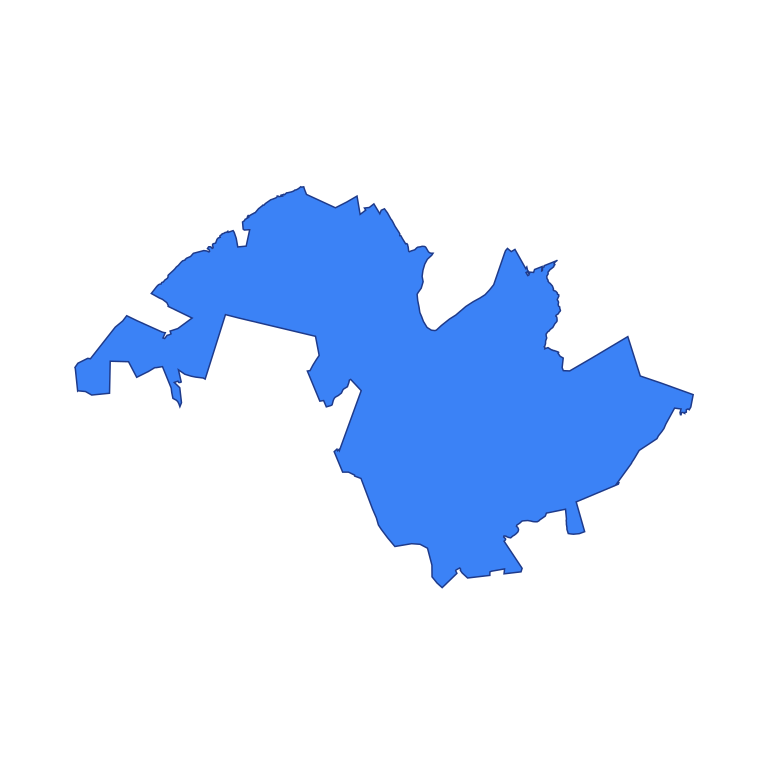 Tzimol, Chiapas, Mexico (Albers equal-area conic projection), rotated 109°
{"feature_id": "50627088B1197816312521", "entity_name": "Tzimol", "entity_type": "district", "adm_level": 2, "iso_a3": "MEX", "parent_name": "Mexico", "parent_adm1": "Chiapas", "projection": "albers", "projection_center": [-92.266, 16.109], "detail": "fine", "context": "isolated", "style": "filled", "palette": "blue", "viewbox_px": 768, "rotation_deg": 109, "n_neighbors": 0, "source": "geoboundaries", "source_scale": "gbopen_adm2", "svg_char_len": 6156}
<svg xmlns="http://www.w3.org/2000/svg" viewBox="0 0 768 768"><g transform="rotate(109 384 384)"><path d="M438.8,564.4L437.2,556.9L437.6,554.7L370.0,556.5L368.9,542.8L361.2,464.3L378.1,454.6L383.3,456.0L389.5,457.4L395.4,458.3L396.7,460.7L421.1,439.1L419.3,435.7L424.4,431.1L422.1,427.8L421.0,426.5L420.2,426.3L416.2,426.6L414.6,426.5L413.2,426.2L412.1,425.6L409.7,423.4L406.4,421.3L403.2,421.0L402.0,420.6L398.5,417.7L394.1,417.7L391.6,418.0L390.5,417.0L397.7,403.4L461.5,404.5L460.6,405.3L462.2,406.1L460.9,407.3L464.2,409.1L480.8,394.4L478.9,388.9L479.7,382.2L480.6,381.8L480.8,375.0L506.0,354.1L513.1,347.6L519.1,343.4L522.3,339.3L528.2,330.6L534.1,320.8L526.0,305.9L523.8,297.7L525.1,289.4L539.7,279.7L550.7,275.8L555.0,268.9L557.6,262.7L539.3,253.4L537.2,255.5L536.8,255.5L535.9,254.9L533.3,252.5L534.1,251.3L535.3,251.2L537.2,248.6L540.2,241.8L530.5,221.6L527.3,222.7L526.1,221.6L519.6,209.8L524.4,208.7L517.0,193.3L513.3,193.4L493.5,219.3L492.0,218.5L491.4,218.4L490.7,218.8L489.7,221.0L488.7,221.1L488.3,220.1L488.2,218.7L488.5,217.9L488.5,215.9L488.2,214.1L485.9,212.8L484.4,211.5L482.7,210.4L480.4,209.3L479.1,209.2L477.8,209.4L476.5,210.4L475.9,211.2L475.5,212.4L474.2,212.5L471.3,210.3L468.7,208.9L468.1,207.9L466.3,203.7L465.8,200.8L465.6,198.3L465.2,196.7L464.4,194.3L463.0,193.0L462.0,192.6L456.4,188.5L453.2,188.4L443.3,171.6L452.3,167.5L453.7,167.3L456.1,166.2L457.0,166.0L460.2,164.3L461.9,163.7L465.4,161.1L464.9,158.3L464.3,155.9L461.9,150.6L458.3,146.2L432.9,163.9L402.4,129.8L401.1,129.8L402.4,131.5L378.5,124.2L377.2,124.1L373.3,123.1L363.7,121.1L346.8,108.1L343.8,107.7L338.4,105.8L334.9,104.8L330.3,104.5L312.2,101.4L310.9,95.0L314.7,94.8L316.5,93.7L316.3,93.1L314.4,93.5L314.0,93.3L313.6,92.0L313.9,90.1L313.1,90.4L312.2,89.0L309.8,89.8L308.6,88.4L309.0,87.0L305.9,86.4L293.4,88.2L292.9,122.8L293.0,144.3L259.8,168.9L292.1,196.2L311.2,212.7L313.0,218.8L310.5,220.9L301.1,223.0L300.5,226.3L300.3,226.7L298.5,229.2L298.3,229.4L298.0,229.2L297.2,229.2L297.0,230.0L297.0,234.5L297.3,234.8L297.0,236.4L297.2,236.7L296.2,240.8L298.3,243.4L297.4,243.5L296.7,244.6L296.3,244.3L293.3,244.4L290.7,245.2L287.5,245.1L286.1,246.1L284.1,247.0L281.2,246.1L279.9,245.0L278.7,244.8L277.7,244.2L275.6,242.8L271.5,242.1L268.6,240.9L267.3,241.1L265.0,242.1L264.3,242.7L263.8,243.7L262.9,243.6L260.8,242.0L259.1,241.8L258.1,241.2L257.0,241.1L255.3,242.4L253.9,243.0L253.6,244.2L252.2,245.2L249.8,245.6L248.6,246.7L248.1,247.5L247.7,247.7L244.0,247.3L242.7,247.9L242.7,249.1L241.3,250.0L240.3,252.0L240.4,253.6L240.1,254.5L239.8,254.7L239.5,254.5L238.8,254.8L236.5,256.7L234.7,259.8L234.6,260.6L233.4,262.4L233.0,262.4L231.9,263.2L231.3,264.2L229.0,265.2L226.5,264.6L225.3,265.2L224.7,265.3L223.6,264.9L223.0,264.5L221.9,264.4L220.8,263.5L217.9,261.7L216.6,261.8L215.6,261.3L215.0,262.4L213.4,261.9L214.1,262.6L213.9,262.5L210.4,260.3L211.2,260.9L220.0,271.1L221.2,270.8L222.0,272.0L225.2,271.2L225.7,271.7L221.5,272.8L226.7,278.9L229.8,278.9L230.7,282.4L233.8,282.5L234.7,283.3L232.4,286.0L231.1,284.9L232.8,282.8L231.3,282.9L229.6,285.4L226.9,287.1L228.7,287.6L214.1,304.0L217.4,306.8L215.6,311.4L218.3,312.5L221.3,312.6L254.4,312.6L260.6,314.8L266.7,317.5L271.5,321.3L277.2,326.5L284.1,331.9L295.5,338.6L301.2,343.2L310.0,348.8L316.0,352.0L316.9,353.2L317.7,356.7L316.5,361.7L312.0,367.1L308.1,370.3L304.7,373.4L299.9,375.9L294.1,379.3L288.4,381.9L286.4,381.5L281.3,380.0L274.6,380.3L269.8,383.0L263.7,384.2L257.4,384.5L251.9,383.6L246.8,380.8L244.4,380.2L245.1,382.4L245.0,383.9L244.5,385.1L241.3,388.8L240.9,389.5L240.8,390.7L241.4,392.8L242.5,394.4L243.6,396.6L244.6,397.4L247.1,398.6L249.3,401.6L250.7,403.1L250.4,403.9L246.5,405.8L245.5,406.6L244.7,406.9L243.8,408.1L244.4,409.2L240.7,413.7L238.3,416.4L238.6,417.4L237.9,417.7L236.8,418.0L235.2,419.9L231.3,424.9L227.8,428.5L226.5,430.0L225.8,431.2L221.1,436.4L218.2,440.6L220.6,443.2L224.4,443.4L217.0,452.2L221.9,455.4L224.0,459.8L225.6,457.9L231.4,461.8L215.1,470.7L224.1,478.5L233.2,487.3L230.0,519.0L226.0,522.4L223.7,524.1L224.7,526.1L224.6,526.9L226.7,528.2L228.3,529.5L229.2,530.5L229.6,531.4L231.0,532.3L232.5,534.1L234.5,537.3L235.0,538.4L237.2,539.5L237.4,539.8L237.2,540.2L237.4,540.8L238.2,541.0L238.2,541.7L239.1,542.9L239.3,542.7L239.6,541.6L241.0,544.2L241.1,544.6L240.8,545.1L241.0,546.0L241.3,545.8L241.7,546.0L243.2,546.8L245.9,550.0L246.6,551.0L252.1,555.0L253.7,555.6L254.1,555.9L254.2,556.7L255.0,557.2L255.4,557.2L256.7,558.2L258.3,559.1L258.8,559.6L264.0,561.6L264.3,562.2L265.8,563.4L266.0,563.8L267.2,564.7L267.7,565.3L268.6,565.7L268.9,567.3L269.9,567.6L270.4,567.5L270.4,566.9L269.9,566.4L270.2,566.2L270.5,566.7L271.5,566.9L271.9,567.7L273.2,568.4L273.4,568.9L275.1,569.2L276.9,570.5L283.4,567.6L283.9,566.2L282.3,562.4L281.9,561.2L298.5,559.2L302.0,566.9L294.3,571.2L289.3,575.1L288.1,576.6L291.3,580.7L290.4,581.4L291.8,582.2L292.5,583.6L293.5,584.3L294.8,586.0L295.6,586.1L296.9,587.2L297.6,587.4L298.6,586.6L299.9,588.3L301.5,589.0L305.6,589.1L306.9,591.0L307.4,591.4L308.0,591.5L308.8,591.2L309.6,590.6L310.8,589.9L311.7,590.6L310.7,592.4L311.1,593.9L311.4,594.5L313.5,595.0L314.0,593.1L315.3,592.1L315.9,592.3L316.2,593.0L315.9,594.7L316.5,597.8L322.5,606.8L326.4,608.4L329.3,611.6L330.9,612.5L331.6,612.5L333.1,614.5L334.9,615.5L338.9,617.1L340.9,618.4L343.2,619.2L345.1,620.1L351.2,623.4L351.7,623.5L353.3,623.0L354.7,623.3L357.1,625.1L359.3,625.8L360.3,627.1L360.9,627.3L362.0,627.3L362.8,628.8L363.7,629.6L365.7,630.6L374.2,633.5L375.8,624.5L376.1,621.0L377.8,615.8L380.1,613.5L380.9,613.4L384.1,586.9L398.7,597.0L403.6,603.5L405.9,601.7L407.3,603.0L408.6,604.9L412.4,606.2L412.4,608.0L406.7,607.5L407.0,608.8L407.1,610.8L404.6,637.9L403.2,649.5L409.5,651.6L417.7,656.6L455.7,669.8L456.2,672.5L464.0,680.2L469.0,681.6L469.9,680.9L490.3,671.4L490.1,671.3L488.3,663.8L489.6,656.8L482.1,640.5L451.6,650.3L446.1,632.8L458.2,620.0L448.6,610.6L443.1,606.0L442.8,604.9L439.7,599.1L457.1,583.9L461.2,581.9L466.3,578.9L466.9,575.2L467.7,573.4L469.5,571.5L471.9,569.6L467.6,569.4L454.0,575.9L450.8,582.8L448.4,579.8L449.4,578.6L449.1,577.5L448.1,576.4L437.5,583.0L439.6,575.6L439.4,568.9L438.8,564.4Z" fill="#3b82f6" stroke="#1e3a8a" stroke-width="1.5"/></g></svg>